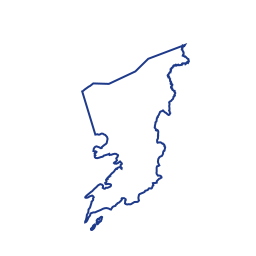 the district of La Cruz, Guanacaste, Costa Rica, rotated 313°
{"feature_id": "36466004B52146458356886", "entity_name": "La Cruz", "entity_type": "district", "adm_level": 2, "iso_a3": "CRI", "parent_name": "Costa Rica", "parent_adm1": "Guanacaste", "projection": "mercator", "projection_center": [-85.604, 11.009], "detail": "fine", "context": "isolated", "style": "outline", "palette": "blue", "viewbox_px": 256, "rotation_deg": 313, "n_neighbors": 0, "source": "geoboundaries", "source_scale": "gbopen_adm2", "svg_char_len": 5892}
<svg xmlns="http://www.w3.org/2000/svg" viewBox="0 0 256 256"><g transform="rotate(313 128 128)"><path d="M226.2,113.3L227.6,113.0L192.4,95.6L174.4,94.8L147.2,83.9L136.9,72.2L132.9,71.6L131.6,71.1L126.7,70.1L123.8,69.8L123.5,69.6L100.9,108.6L102.6,109.9L102.9,110.8L103.8,111.7L105.8,112.4L106.7,113.5L106.9,114.9L107.4,116.0L107.3,117.3L107.1,118.9L106.1,120.5L102.4,122.7L101.1,122.7L99.6,122.3L96.5,121.9L96.1,121.9L95.6,122.4L95.3,122.4L94.5,121.6L94.4,120.5L93.1,117.5L92.0,116.9L90.9,116.8L89.3,117.2L88.7,117.7L87.6,118.4L87.9,118.8L87.9,119.7L88.9,120.2L89.0,121.3L88.0,121.4L86.5,121.0L86.2,121.3L85.8,122.8L84.9,122.6L84.0,123.8L84.1,124.9L85.0,126.1L86.4,127.0L88.6,128.2L89.0,128.6L90.3,129.2L91.2,129.1L95.5,131.6L96.3,131.9L96.1,132.4L95.6,132.7L95.6,132.9L96.3,133.3L97.2,134.2L98.4,134.7L100.0,135.8L100.9,136.9L101.1,138.2L101.4,138.9L101.2,139.4L99.8,140.0L97.8,140.1L96.8,142.0L95.0,142.0L93.3,141.5L92.8,141.6L92.8,142.4L94.0,143.9L95.6,144.6L98.1,145.0L97.9,147.6L97.5,148.0L95.9,147.8L95.6,148.1L94.5,149.2L94.5,150.7L93.8,151.1L93.7,150.6L94.2,149.8L94.2,149.3L93.6,148.5L92.3,147.8L91.3,147.5L90.5,147.9L90.2,147.7L90.0,147.1L88.4,147.1L87.1,147.4L85.4,147.4L83.7,147.1L81.1,147.2L80.8,147.2L80.7,147.6L79.9,147.2L79.5,147.6L78.9,147.1L77.2,147.1L77.0,148.0L76.5,147.9L75.9,147.3L75.4,147.2L74.9,147.5L74.6,148.4L74.1,148.9L73.1,149.0L72.4,148.7L71.8,149.4L71.9,150.2L73.8,151.8L74.9,153.6L74.9,154.2L74.6,154.6L73.8,155.0L73.1,155.0L70.5,153.9L69.9,153.5L69.7,153.1L69.1,152.5L67.8,152.5L67.3,151.9L67.0,150.3L68.0,149.8L68.8,149.0L68.8,147.5L68.0,146.0L66.3,145.4L65.3,145.2L63.3,145.2L60.6,144.9L57.4,144.9L56.2,144.6L50.1,143.8L48.2,143.9L48.1,144.0L48.0,144.4L48.9,145.5L50.2,146.2L52.1,146.7L53.1,147.3L54.1,147.8L54.3,149.0L54.0,150.2L52.7,150.4L52.0,151.3L51.5,151.6L49.0,151.7L48.6,152.2L43.9,154.5L41.5,154.7L39.2,156.5L36.4,157.2L34.5,158.6L31.9,160.0L30.5,160.4L29.8,161.0L30.3,161.3L31.5,161.4L33.3,161.0L35.7,160.1L37.6,160.0L39.0,159.5L39.6,159.0L40.3,159.0L42.6,160.2L43.9,161.5L45.9,162.3L49.6,164.0L51.9,164.8L53.6,165.8L54.9,167.0L55.9,168.8L56.4,170.6L56.8,171.2L57.9,170.9L59.7,170.6L60.8,170.9L62.5,171.9L63.7,171.5L65.1,171.8L65.8,171.6L67.3,172.3L69.9,172.5L71.5,172.3L71.9,171.5L72.4,171.4L73.4,172.3L74.1,173.2L74.3,174.9L73.8,175.5L72.7,175.6L72.2,176.2L70.8,177.2L70.8,178.1L71.2,179.0L71.7,179.7L72.9,180.6L73.5,181.5L74.3,182.1L78.3,183.2L80.3,185.2L80.9,185.5L82.4,185.5L83.4,183.9L84.3,183.0L86.6,181.6L87.7,181.6L91.1,183.2L92.5,183.7L93.9,183.4L94.9,184.1L96.2,184.7L98.1,184.5L98.8,185.1L99.5,186.2L99.8,186.4L100.6,186.4L102.5,185.5L103.3,185.7L104.6,183.8L105.6,184.5L105.9,185.1L107.6,186.3L108.6,185.4L109.5,185.3L112.2,185.4L112.8,185.8L114.6,186.3L115.2,185.5L115.2,184.4L114.3,182.9L113.6,182.5L113.9,180.5L114.6,179.4L115.6,178.8L118.4,176.1L119.2,175.6L119.9,175.4L120.9,176.1L122.0,176.4L122.8,174.4L123.7,172.9L126.0,171.3L128.0,170.9L129.1,171.1L130.6,171.8L130.9,171.8L132.5,171.4L133.6,170.8L134.1,170.3L135.2,169.8L135.6,169.8L136.1,170.2L136.5,170.1L136.9,169.6L138.1,169.1L139.3,168.3L139.3,167.3L139.9,167.1L140.5,165.8L140.2,165.5L140.4,164.0L140.0,163.8L139.8,161.7L138.9,160.9L138.7,160.5L138.2,160.3L137.8,159.7L137.4,159.6L137.4,159.3L138.1,158.4L139.1,157.5L139.7,157.2L140.4,157.2L141.3,156.7L142.0,155.8L142.6,155.6L142.8,155.2L143.1,155.2L143.7,154.4L144.1,154.2L144.3,153.9L145.0,153.5L146.0,152.6L146.5,151.7L146.6,151.0L145.5,150.5L145.4,149.9L146.1,149.2L146.4,148.4L146.4,147.4L146.7,147.0L147.6,146.6L147.9,146.2L150.0,145.0L150.9,144.2L152.1,144.3L152.4,144.2L154.9,142.4L156.3,142.4L156.5,141.9L158.3,141.7L161.7,140.5L162.9,140.9L163.6,141.4L164.7,141.6L164.6,144.1L165.0,145.6L165.0,147.7L165.2,148.8L165.9,149.2L167.5,148.8L167.4,148.5L168.6,147.1L168.7,146.2L168.9,146.0L169.6,145.9L170.8,144.8L172.3,143.0L173.3,142.5L174.3,141.5L174.5,140.9L174.9,140.6L175.5,140.5L177.4,141.1L178.4,140.9L179.7,141.1L180.6,140.8L181.8,140.0L182.7,140.3L183.7,140.1L183.7,139.4L185.6,138.9L186.2,138.2L186.0,137.6L186.2,137.2L186.9,136.7L186.4,136.0L186.5,135.3L186.2,134.7L186.4,134.3L186.4,133.9L187.0,133.6L187.2,133.3L186.8,132.5L186.8,132.3L187.2,132.1L187.1,131.7L187.6,131.3L189.0,131.5L189.3,131.2L189.9,131.0L190.0,130.7L189.4,130.4L189.6,129.7L189.4,129.3L189.8,129.0L190.0,128.0L190.2,128.7L190.6,128.8L190.7,128.7L190.8,127.8L191.1,127.9L191.3,127.5L191.2,126.7L192.1,125.5L192.5,125.4L192.5,125.0L192.9,124.2L192.8,123.8L193.2,123.6L193.4,123.3L193.4,123.2L192.7,122.9L192.9,122.5L192.9,122.2L193.5,122.0L193.5,121.5L194.0,121.6L194.2,121.0L195.0,121.1L195.5,120.8L197.1,120.6L197.6,121.1L198.3,120.5L199.0,120.5L199.2,119.9L199.9,119.2L200.3,119.6L201.1,119.0L201.9,118.9L202.3,119.4L202.8,119.4L204.5,118.7L205.1,118.8L205.9,119.5L206.6,119.6L206.6,119.8L206.2,120.1L207.0,120.3L206.9,120.9L207.6,121.0L208.7,121.6L208.8,122.0L208.3,122.0L209.4,123.2L210.6,123.8L210.8,124.3L211.4,124.1L211.8,124.2L212.1,123.7L212.8,124.0L213.3,124.8L213.9,125.3L213.9,125.8L214.7,126.1L214.3,126.5L215.0,126.6L215.5,126.8L215.9,126.2L217.1,126.4L216.7,127.2L216.7,127.5L217.1,127.4L217.4,126.9L218.3,127.0L219.6,125.1L219.3,124.4L219.3,123.4L219.4,121.1L218.8,120.8L218.8,119.9L218.6,119.7L218.2,118.7L219.1,118.3L220.1,118.3L220.8,117.2L221.3,117.0L221.6,115.6L222.1,114.9L222.0,113.9L222.2,113.6L222.5,113.5L222.8,113.7L223.2,113.6L223.7,113.1L223.7,112.7L223.9,112.5L224.8,112.9L225.5,112.9L225.8,112.4L226.0,113.2L226.2,113.3ZM41.4,169.2L41.2,168.1L40.8,167.9L39.1,168.1L38.7,168.5L38.6,169.3L37.5,169.5L36.6,170.2L36.6,171.1L37.0,171.4L38.3,171.4L39.5,170.9L39.5,171.3L41.5,171.7L42.7,171.1L43.4,170.9L44.2,170.2L45.0,170.0L45.2,169.8L45.0,169.2L44.5,168.9L42.2,168.6L41.9,169.0L41.4,169.2ZM32.8,169.1L32.1,169.5L31.3,169.7L29.1,169.6L28.5,170.2L28.4,170.7L29.1,171.3L30.7,171.5L31.9,171.5L33.4,170.9L34.2,170.7L34.6,170.1L34.6,169.4L32.8,169.1Z" fill="none" stroke="#1e3a8a" stroke-width="2"/></g></svg>